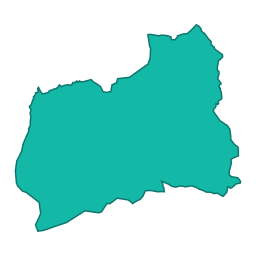 the district of Faskari, Katsina, Nigeria
{"feature_id": "59680162B51925471610757", "entity_name": "Faskari", "entity_type": "district", "adm_level": 2, "iso_a3": "NGA", "parent_name": "Nigeria", "parent_adm1": "Katsina", "projection": "albers", "projection_center": [7.102, 11.712], "detail": "fine", "context": "isolated", "style": "filled", "palette": "teal", "viewbox_px": 256, "rotation_deg": 0, "n_neighbors": 0, "source": "geoboundaries", "source_scale": "gbopen_adm2", "svg_char_len": 3683}
<svg xmlns="http://www.w3.org/2000/svg" viewBox="0 0 256 256"><path d="M132.7,203.6L134.8,202.0L140.1,199.3L142.8,196.4L145.4,190.7L150.8,190.5L158.0,191.8L160.8,191.6L164.3,191.7L163.9,188.0L163.0,186.2L162.8,183.8L161.7,181.2L168.9,184.4L171.6,186.2L175.8,187.2L178.8,186.2L181.0,186.1L183.0,186.2L184.9,186.8L186.5,186.7L189.9,186.1L191.5,185.8L195.1,187.0L197.0,187.8L198.6,188.9L200.6,189.6L201.7,190.0L203.9,190.9L206.3,192.1L208.3,192.1L211.1,192.4L212.6,193.0L214.1,193.6L217.4,193.2L221.7,195.7L222.9,196.4L223.5,196.0L226.9,192.0L227.7,186.7L230.6,188.2L232.0,187.5L236.5,183.7L240.1,183.2L240.6,181.6L238.3,178.2L236.7,177.5L234.2,177.2L232.0,176.8L229.7,175.5L229.1,174.1L229.3,171.1L231.4,163.1L231.0,159.5L232.5,158.3L238.4,155.8L238.3,148.5L237.7,146.7L235.2,145.1L233.6,143.4L230.8,139.6L230.8,137.4L230.5,134.0L229.8,129.2L226.9,125.2L225.1,124.2L222.2,122.1L220.0,120.8L213.4,111.4L213.5,110.7L213.5,109.1L214.9,108.0L215.9,106.4L216.0,103.7L217.2,104.1L217.6,104.4L218.0,104.1L218.5,103.7L218.7,103.1L218.4,102.8L218.0,102.2L218.1,101.7L218.5,100.7L219.9,100.0L221.0,99.4L221.5,98.8L221.8,98.1L221.5,94.8L221.3,92.2L220.4,90.4L220.3,88.2L219.3,87.4L219.1,86.4L219.6,84.8L221.0,84.1L220.7,82.6L219.6,81.6L219.1,80.5L218.0,79.4L217.7,78.4L219.1,73.8L218.9,72.2L218.8,71.3L218.1,70.9L217.9,70.8L217.4,70.0L217.4,69.3L217.2,67.3L218.0,64.4L218.0,63.3L218.4,60.8L221.1,58.6L221.6,58.1L221.8,57.8L222.6,57.0L222.6,55.1L222.2,54.4L220.3,53.1L216.0,50.0L214.7,48.8L214.3,48.0L214.3,47.2L213.3,46.6L211.9,45.2L211.0,43.9L211.0,42.8L211.2,41.6L209.9,40.3L209.1,39.6L208.6,39.1L205.2,34.3L204.4,33.3L202.6,32.2L201.6,31.1L200.8,28.5L199.1,26.4L196.3,24.8L191.4,30.0L187.1,33.7L182.8,34.0L177.4,36.0L177.7,36.8L174.9,39.8L171.8,39.7L170.8,38.3L171.1,36.9L170.7,36.8L167.0,35.6L161.9,35.1L158.9,35.8L150.1,34.3L147.9,34.7L149.6,46.0L150.7,48.9L150.3,52.7L150.3,56.0L149.8,59.3L148.7,61.9L148.3,63.8L129.5,77.3L117.6,78.7L117.4,79.3L116.5,82.9L115.3,83.3L114.1,83.9L112.0,84.8L110.8,91.6L109.2,91.8L108.5,92.2L106.1,92.3L103.6,91.8L102.8,91.4L101.5,88.7L101.1,87.7L100.4,86.5L98.8,85.4L97.9,84.6L93.1,81.7L91.2,79.6L82.7,81.9L80.4,81.7L80.0,81.3L79.7,80.9L79.5,81.1L79.3,81.4L79.1,81.8L78.7,81.8L77.7,82.1L77.6,81.5L77.3,81.2L76.7,81.1L76.4,81.2L76.0,81.6L76.1,81.9L75.9,82.1L75.3,82.2L75.1,82.5L74.3,82.6L73.1,83.1L73.0,82.9L72.8,82.6L72.6,82.9L72.2,84.0L71.1,85.4L70.6,85.4L70.3,85.0L69.9,85.1L68.4,84.9L66.6,84.8L66.1,85.1L64.9,85.2L63.3,85.7L63.0,86.1L61.6,86.7L60.7,85.7L59.8,85.7L59.5,85.0L59.0,85.2L58.9,85.8L58.4,86.3L58.2,87.1L57.4,87.9L56.4,88.1L56.0,88.7L55.4,88.8L54.4,88.9L53.2,89.3L52.7,90.0L51.5,90.0L50.6,90.2L50.2,90.5L49.1,91.1L48.9,91.8L47.7,92.8L46.6,92.8L45.4,93.5L44.4,93.4L43.9,93.6L43.1,93.8L42.0,93.5L41.2,92.3L40.5,91.3L40.0,90.4L39.5,89.4L38.9,88.2L38.5,87.4L38.0,88.0L37.8,88.5L37.6,89.7L37.9,90.1L38.3,90.7L38.1,91.2L38.4,91.6L38.5,92.0L38.0,92.4L37.7,92.3L37.1,92.5L36.2,92.6L35.6,92.7L35.5,93.0L35.8,93.6L35.7,93.8L35.3,94.6L34.6,95.6L34.1,96.4L33.5,96.6L33.5,97.2L33.7,98.0L32.7,100.2L31.8,102.8L31.1,105.0L29.4,106.3L29.7,107.8L30.9,109.2L30.8,111.1L30.1,112.7L30.8,117.1L30.3,121.7L30.3,124.3L30.1,125.8L28.6,128.6L28.8,131.1L27.3,134.4L25.6,138.2L23.2,143.8L21.7,151.0L19.5,155.6L16.8,160.9L15.4,170.8L15.6,172.9L16.4,182.8L16.5,182.8L17.5,185.7L22.4,191.0L26.4,192.5L31.0,196.0L37.1,200.8L38.4,201.9L39.2,202.5L39.4,204.1L39.9,208.2L40.2,209.9L40.4,211.5L40.7,213.5L39.5,216.3L38.8,218.1L37.6,220.5L35.5,224.9L37.9,231.2L43.4,230.4L48.7,228.6L51.2,227.7L66.5,222.5L84.9,210.8L89.7,211.5L98.8,212.8L101.5,211.8L107.0,203.5L109.9,203.7L117.2,198.2L127.6,199.8L130.0,201.1L132.7,203.6Z" fill="#14b8a6" stroke="#0f766e" stroke-width="1.5"/></svg>